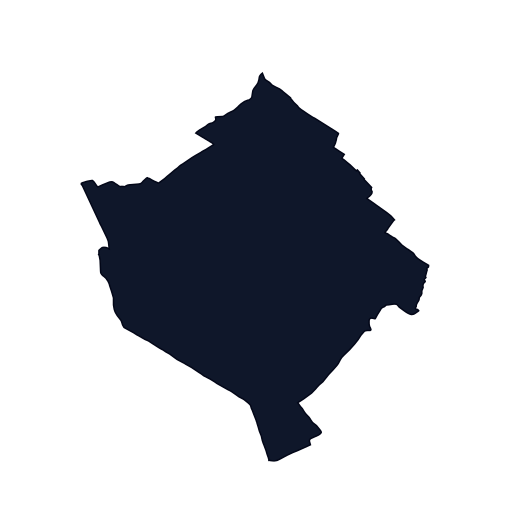 the district of Suan Luang, Bangkok Metropolis, Thailand, rotated 226°
{"feature_id": "78962969B46335103611248", "entity_name": "Suan Luang", "entity_type": "district", "adm_level": 2, "iso_a3": "THA", "parent_name": "Thailand", "parent_adm1": "Bangkok Metropolis", "projection": "albers", "projection_center": [100.621, 13.725], "detail": "fine", "context": "isolated", "style": "filled", "palette": "ink", "viewbox_px": 512, "rotation_deg": 226, "n_neighbors": 0, "source": "geoboundaries", "source_scale": "gbopen_adm2", "svg_char_len": 6031}
<svg xmlns="http://www.w3.org/2000/svg" viewBox="0 0 512 512"><g transform="rotate(226 256 256)"><path d="M100.0,123.3L99.4,123.9L98.8,124.3L96.9,125.9L95.8,127.0L94.6,128.7L94.2,129.4L93.2,132.5L91.2,139.7L89.1,145.9L87.1,150.8L82.4,164.0L85.0,165.4L85.5,165.7L86.1,166.2L86.4,166.6L86.6,167.2L86.7,167.6L86.7,168.0L86.6,168.7L85.1,173.0L84.6,174.2L83.8,176.7L83.5,178.5L83.6,179.9L83.8,180.4L84.2,180.7L84.5,180.8L85.5,181.1L87.3,181.3L92.0,181.7L95.4,181.2L97.0,181.0L100.1,181.5L101.3,181.8L103.1,182.1L105.0,182.1L107.1,182.1L108.6,182.2L110.6,182.5L114.1,183.3L116.8,183.4L121.5,184.1L121.4,184.7L120.8,187.4L120.1,191.1L118.8,200.7L119.0,206.7L119.2,208.3L119.4,212.0L119.1,216.7L120.3,225.9L120.6,232.2L121.1,238.2L121.5,240.5L122.9,244.8L123.4,246.9L123.5,247.8L123.6,250.5L123.6,258.2L123.9,262.1L124.2,266.0L124.9,271.3L126.1,276.3L126.6,281.7L126.3,282.5L126.0,283.1L124.9,284.6L124.1,285.4L123.3,286.2L123.0,286.7L123.0,287.0L123.2,287.5L123.5,287.7L124.6,288.2L126.5,288.8L127.9,289.7L128.6,290.2L130.5,292.0L131.1,292.6L131.6,293.6L131.8,294.3L131.8,294.8L131.6,295.4L131.2,295.8L130.0,296.8L128.3,297.9L128.2,298.0L128.1,298.3L129.5,302.7L130.7,307.6L131.1,309.0L131.3,309.8L131.2,310.5L131.0,311.6L130.4,313.1L130.2,315.9L129.2,316.9L128.1,318.4L126.4,320.8L125.4,322.1L124.0,323.3L123.5,323.6L123.0,323.7L121.7,323.7L120.3,323.5L119.2,323.6L113.9,324.5L111.3,325.0L109.2,325.6L107.4,326.3L107.0,326.5L105.9,327.2L105.5,327.7L104.6,329.1L104.2,330.7L103.6,334.4L103.6,335.0L104.4,335.1L105.1,335.1L105.8,334.8L106.6,334.2L106.9,334.1L107.2,334.1L107.6,334.2L107.7,334.3L107.9,334.7L108.1,335.0L108.2,335.7L108.4,336.2L109.5,337.4L109.9,338.4L110.4,339.8L110.8,341.5L111.2,342.7L111.9,343.7L112.5,344.3L112.8,345.0L113.0,347.0L113.2,347.9L113.9,349.3L115.4,350.7L115.9,351.3L117.0,353.8L117.3,354.4L118.4,355.2L119.0,355.8L119.4,356.3L119.8,357.3L119.9,357.6L120.0,358.4L120.0,359.8L120.1,360.0L120.4,360.1L120.7,360.3L121.8,360.4L122.0,360.5L122.3,360.8L122.4,361.1L122.4,362.8L122.5,363.3L123.6,363.7L123.9,363.9L124.0,364.1L124.3,364.8L126.4,368.2L126.9,369.2L127.9,370.0L128.4,370.5L128.5,370.8L128.5,371.1L128.5,371.3L128.3,371.7L128.3,372.4L128.5,372.7L129.4,373.7L135.5,372.0L139.4,371.1L141.2,370.7L143.0,370.5L144.2,370.5L145.2,370.5L146.3,370.7L147.4,371.0L149.3,371.1L151.7,370.6L154.7,370.1L155.9,369.7L157.3,369.4L162.7,368.5L166.6,368.6L171.4,368.4L172.2,368.3L173.9,367.7L174.5,367.3L175.7,367.2L178.2,366.5L179.7,366.3L180.6,366.1L181.8,365.5L182.9,365.2L183.3,364.9L183.5,365.3L183.6,366.9L183.8,368.9L184.3,370.5L185.8,379.0L185.9,380.2L185.8,380.7L190.8,380.9L195.7,380.3L208.7,377.9L215.8,376.6L220.3,375.7L220.4,377.7L220.2,378.8L220.2,380.0L220.3,381.4L220.6,382.8L220.9,383.2L221.5,384.1L221.9,384.3L223.0,384.6L223.4,384.8L224.1,385.3L224.5,385.7L224.8,386.3L225.0,386.8L236.0,386.9L236.2,387.0L236.3,387.5L243.3,387.8L243.5,388.5L247.5,388.7L247.6,387.3L256.3,387.0L260.2,386.5L263.5,386.2L266.7,385.6L267.8,390.1L273.1,388.8L280.4,387.2L280.6,387.7L281.5,390.2L282.1,391.6L283.9,394.6L285.1,396.2L286.5,399.9L286.7,400.3L287.0,400.5L287.3,400.4L290.4,399.8L314.4,393.9L316.2,393.2L322.6,391.7L327.6,390.7L329.7,390.2L333.0,389.8L334.1,389.9L335.2,390.1L339.3,389.9L340.6,389.9L343.4,390.2L344.7,390.2L345.4,390.6L345.8,390.7L355.2,389.6L357.0,389.5L359.8,389.0L363.8,387.5L367.6,386.3L371.5,386.3L375.8,385.3L377.5,385.3L383.1,387.6L383.2,386.0L383.0,384.2L382.6,383.0L382.1,382.3L380.8,380.6L379.2,377.8L378.6,375.6L377.9,371.0L377.2,368.8L376.7,368.0L373.2,363.4L372.9,362.6L372.8,361.4L373.0,359.7L373.2,359.1L373.8,358.3L375.1,355.1L375.8,350.9L375.9,347.9L375.8,346.5L376.0,342.6L376.1,341.4L376.6,339.4L377.0,338.5L378.2,334.7L378.9,330.4L379.3,329.2L383.2,324.7L383.9,323.7L384.1,323.4L383.9,323.1L383.4,322.9L381.9,321.7L381.8,321.4L381.6,320.5L381.7,318.6L382.0,317.2L382.3,316.6L383.3,315.0L383.8,313.7L384.0,312.5L384.2,309.7L385.8,303.2L386.3,299.6L386.2,298.1L367.7,303.0L365.7,303.2L365.6,302.7L367.5,293.6L368.0,291.9L368.5,290.1L368.8,288.3L370.3,282.4L371.2,278.4L373.1,267.2L373.6,265.2L373.8,263.4L373.8,260.9L374.3,257.3L374.6,252.3L375.0,247.4L375.1,244.2L375.9,238.2L376.2,236.5L376.3,236.3L377.4,236.0L377.8,235.9L380.3,234.8L383.3,233.8L385.7,233.2L387.0,232.4L387.8,232.2L388.1,231.4L388.2,226.7L388.0,225.0L388.2,223.4L388.4,222.9L389.5,221.3L395.3,214.2L396.2,212.8L396.7,211.3L397.0,209.8L397.2,209.6L398.2,208.8L399.3,207.8L400.2,206.6L400.4,206.5L401.4,206.0L404.4,205.5L405.5,205.1L407.5,204.8L408.7,204.4L409.2,204.1L409.7,203.7L410.7,202.4L411.0,201.9L413.8,195.0L415.2,191.0L415.4,190.3L415.5,190.2L416.7,190.1L421.6,190.9L423.1,190.9L423.9,190.8L424.2,190.6L426.6,187.1L427.5,185.6L428.7,183.1L429.2,182.2L429.6,180.9L429.1,180.2L427.2,180.0L388.9,166.8L387.4,166.2L384.8,165.5L372.5,161.4L369.4,160.1L368.2,159.3L363.0,155.3L363.8,155.0L365.2,154.6L366.2,154.1L367.3,153.2L368.5,151.9L368.9,151.2L369.0,150.7L369.2,147.3L369.1,146.9L368.9,146.6L368.2,146.0L366.5,144.3L366.4,143.8L365.8,143.7L365.0,143.4L361.1,140.8L353.1,133.7L352.1,132.9L351.3,132.5L349.7,132.2L348.1,132.2L347.3,132.4L344.7,132.6L344.1,132.6L340.6,132.0L338.0,131.1L336.4,130.2L331.2,127.7L324.9,124.4L324.7,124.2L319.8,119.5L316.3,117.1L314.5,116.2L312.9,115.6L309.5,114.8L303.8,114.2L303.2,114.1L302.0,113.6L299.2,112.2L296.6,111.5L296.0,111.5L287.0,114.3L286.1,114.6L281.8,115.6L281.0,115.9L272.8,118.3L271.5,118.9L269.5,119.7L267.2,120.2L264.5,120.8L257.8,122.4L255.2,123.1L252.9,123.9L249.8,124.5L245.6,125.8L239.0,126.9L236.3,127.4L230.1,129.4L228.4,130.0L227.3,130.2L220.7,132.2L219.3,132.5L211.9,134.1L209.0,134.8L206.2,135.2L199.4,137.5L194.4,138.8L191.3,139.4L178.9,143.1L177.7,143.6L175.6,144.2L169.5,145.4L166.6,145.9L162.4,147.3L160.8,147.7L156.0,148.3L154.3,148.4L152.8,148.4L151.7,148.0L149.9,147.0L147.4,146.1L144.2,144.7L137.9,142.1L137.0,141.6L135.5,141.0L135.0,140.6L131.4,138.8L127.7,136.8L122.8,134.8L118.9,132.4L116.4,131.2L114.4,130.4L109.1,128.1L105.7,126.3L102.6,124.9L100.2,123.6L100.0,123.3Z" fill="#0f172a" stroke="#020617" stroke-width="1.5"/></g></svg>